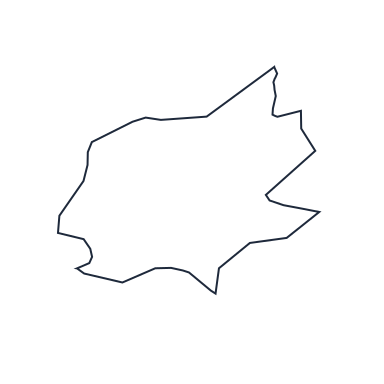 map outline of Koper (Equal Earth projection), rotated 146°
{"feature_id": "SVN-1031", "entity_name": "Koper", "entity_type": "Municipality", "adm_level": 1, "iso_a3": "SVN", "parent_name": "Slovenia", "parent_adm1": "", "projection": "equal_earth", "projection_center": [13.807, 45.513], "detail": "fine", "context": "isolated", "style": "outline", "palette": "slate", "viewbox_px": 384, "rotation_deg": 146, "n_neighbors": 0, "source": "natural_earth", "source_scale": "10m", "svg_char_len": 735}
<svg xmlns="http://www.w3.org/2000/svg" viewBox="0 0 384 384"><g transform="rotate(146 192 192)"><path d="M172.5,117.4L212.3,113.7L229.3,94.6L231.5,99.7L239.5,127.0L243.5,132.1L251.8,140.8L265.1,149.3L300.3,155.9L327.0,184.7L330.0,192.9L330.1,193.0L316.9,190.5L311.1,194.1L308.1,201.8L308.2,213.5L326.0,233.0L315.2,246.5L275.8,261.8L263.5,272.8L256.1,283.3L247.1,289.4L202.0,283.5L188.8,279.6L177.5,269.2L137.7,246.3L53.9,249.7L54.0,249.5L55.2,242.6L59.1,240.1L59.9,239.8L63.1,237.5L64.4,234.2L66.4,230.6L68.9,224.7L78.2,216.0L82.0,211.1L80.5,208.5L79.1,206.6L56.3,198.4L66.0,183.5L66.8,157.2L132.4,148.3L132.4,141.6L123.5,129.9L110.8,117.4L97.7,104.3L139.2,101.0L172.5,117.4Z" fill="none" stroke="#1e293b" stroke-width="2"/></g></svg>